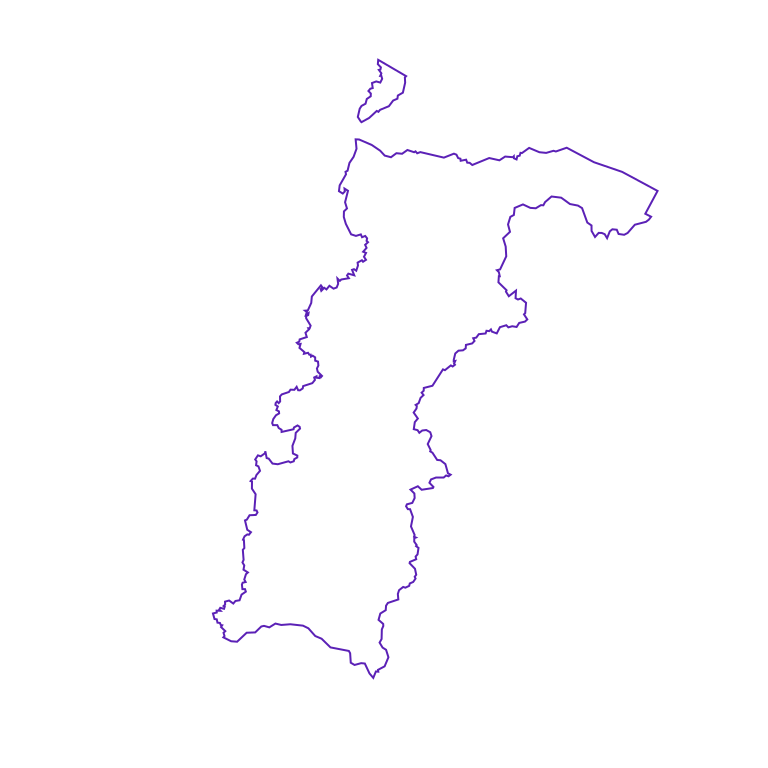 Kasena Nankana East, Upper East, Ghana, rotated 28°
{"feature_id": "2480657B68256913631937", "entity_name": "Kasena Nankana East", "entity_type": "district", "adm_level": 2, "iso_a3": "GHA", "parent_name": "Ghana", "parent_adm1": "Upper East", "projection": "albers", "projection_center": [-1.049, 10.75], "detail": "fine", "context": "isolated", "style": "outline", "palette": "violet", "viewbox_px": 768, "rotation_deg": 28, "n_neighbors": 0, "source": "geoboundaries", "source_scale": "gbopen_adm2", "svg_char_len": 6160}
<svg xmlns="http://www.w3.org/2000/svg" viewBox="0 0 768 768"><g transform="rotate(28 384 384)"><path d="M479.2,262.7L480.2,259.7L474.9,256.8L475.4,255.1L471.3,245.6L464.6,244.3L462.6,246.5L459.9,246.5L456.7,239.6L453.0,247.9L448.3,245.2L448.2,243.7L437.3,240.5L434.8,234.9L435.6,234.5L432.9,231.3L430.3,230.5L432.7,228.3L432.0,213.9L426.9,205.5L420.8,199.4L423.8,190.5L418.6,184.9L417.1,177.1L419.3,173.8L416.7,167.2L422.4,160.2L430.5,159.8L435.5,157.6L438.6,152.4L440.8,151.4L440.8,147.8L443.9,139.8L453.0,136.3L463.7,137.8L471.5,135.4L476.3,135.7L487.7,146.0L492.8,146.6L495.4,151.4L501.3,155.1L502.6,149.8L505.3,148.4L508.5,148.1L512.5,150.5L511.7,143.2L513.0,140.2L517.1,138.5L520.7,141.4L526.0,139.5L528.2,136.3L530.7,125.6L539.2,117.8L540.7,114.5L541.3,110.9L534.8,111.0L534.9,85.1L494.7,84.9L465.3,89.6L434.4,89.6L426.6,98.0L424.2,98.5L418.7,103.8L412.4,106.4L401.3,107.4L397.4,115.3L396.0,115.8L396.6,118.7L394.8,120.3L395.6,123.5L392.8,123.7L391.7,122.0L391.4,123.2L384.2,126.3L380.9,132.3L370.8,135.1L359.1,149.2L355.8,148.5L353.6,149.5L351.2,147.4L346.9,150.9L345.7,149.2L343.4,149.7L340.3,147.5L337.6,147.8L330.6,156.0L307.2,162.2L305.0,164.7L302.6,163.8L301.8,165.2L294.8,166.4L291.9,172.2L286.6,174.4L283.7,180.5L277.4,182.0L271.1,179.8L261.1,178.7L247.2,179.8L244.1,181.3L249.3,189.2L250.5,197.7L249.7,205.0L251.7,212.8L250.4,214.7L252.0,216.7L251.6,229.4L253.7,234.9L258.2,235.2L259.0,232.4L257.4,230.0L261.5,230.3L264.3,241.8L268.9,246.4L267.6,250.4L270.1,255.4L275.1,260.5L284.7,267.3L289.7,266.4L293.3,262.8L295.7,264.7L297.9,262.1L300.7,263.3L301.4,265.8L303.3,266.3L302.0,270.0L304.7,272.0L303.5,277.0L306.6,276.7L306.6,281.1L309.8,282.8L308.1,285.9L306.4,285.1L303.7,289.2L305.4,291.6L306.3,297.0L303.6,296.7L302.2,298.2L306.7,302.0L300.7,303.3L300.4,305.5L303.3,307.1L297.2,311.8L296.6,313.7L293.4,312.7L296.5,317.1L296.9,321.0L294.7,323.5L289.7,322.9L288.8,327.5L286.1,327.1L284.9,331.2L283.6,330.0L284.1,327.5L282.0,326.5L279.2,340.6L281.7,346.6L282.2,354.8L279.9,356.3L282.1,356.7L282.6,359.5L284.1,356.9L284.7,358.8L283.3,360.6L284.4,362.5L291.8,366.9L292.2,369.6L291.0,370.3L292.1,371.0L290.6,375.6L293.8,378.8L288.6,384.2L289.3,386.4L287.7,388.5L289.8,389.1L291.5,387.8L292.4,391.8L298.7,393.2L299.1,394.9L302.3,392.1L304.3,393.2L305.5,392.5L306.7,394.1L307.7,392.5L310.7,392.8L312.3,395.7L315.2,395.2L317.4,398.5L317.5,401.8L319.7,404.3L325.5,406.0L325.2,407.3L324.1,406.4L323.5,407.3L324.2,409.1L321.5,410.1L320.8,408.9L319.3,411.0L321.1,412.8L320.3,416.9L313.6,423.8L314.3,426.1L312.7,429.1L311.1,429.8L308.2,427.5L307.6,431.2L304.1,432.9L303.8,435.7L298.6,441.2L298.0,443.8L300.5,448.2L300.0,450.3L297.8,449.6L297.3,451.6L297.9,453.4L300.8,453.7L301.2,457.5L304.1,457.5L305.2,459.2L303.3,462.3L302.7,466.9L303.6,471.0L305.3,472.4L309.1,470.4L311.7,472.3L315.0,472.5L316.1,474.4L325.4,466.4L324.9,464.7L327.1,461.2L329.6,461.4L330.8,462.8L329.0,468.6L331.2,473.7L332.2,481.6L336.2,488.1L341.1,487.9L341.9,489.6L340.1,492.4L340.6,494.6L338.2,497.2L335.9,497.1L327.9,504.7L322.9,506.6L317.2,504.0L315.2,504.5L310.8,499.1L311.4,501.1L309.1,505.7L306.2,506.2L305.7,511.1L307.8,512.1L309.2,515.8L311.8,515.7L315.3,518.9L314.1,524.2L314.6,528.1L312.6,529.1L311.8,532.3L313.3,532.2L316.5,538.4L322.4,541.6L328.8,556.4L330.9,555.5L332.6,556.8L332.3,559.8L326.9,563.0L326.6,568.1L325.3,569.7L331.7,576.9L336.1,577.3L335.5,580.5L333.9,581.0L332.4,583.9L332.6,587.7L333.6,587.6L337.7,594.4L337.2,596.7L342.6,605.2L342.8,608.0L345.8,609.8L347.1,613.9L352.3,614.3L351.4,616.7L352.4,622.2L354.8,623.8L352.5,625.8L352.7,627.8L355.3,631.6L357.6,630.4L359.5,632.2L357.1,636.8L358.0,642.8L354.7,645.3L354.0,648.6L348.9,647.9L345.8,650.8L347.3,653.4L346.6,655.3L347.9,655.4L348.3,657.6L344.5,658.5L344.4,660.5L346.1,661.0L342.6,662.7L343.6,664.3L340.7,666.9L344.7,671.1L346.8,670.3L349.0,672.9L351.3,672.0L353.0,673.4L354.4,673.0L354.2,675.1L359.9,676.7L359.1,679.0L361.5,681.4L361.1,683.1L369.8,682.9L375.3,680.5L379.5,668.1L386.9,663.8L389.5,655.7L391.6,653.9L397.0,652.7L400.6,646.5L406.4,645.0L414.1,640.1L425.9,635.4L431.9,635.2L441.6,638.8L448.5,638.2L460.4,641.7L478.3,636.2L480.5,637.6L485.5,645.7L489.9,645.9L494.9,641.2L498.3,639.8L507.1,646.4L512.5,648.5L511.8,641.6L514.0,640.7L512.9,639.2L517.1,633.0L516.2,623.2L510.6,617.7L506.5,617.4L501.5,614.4L501.6,610.3L497.3,601.7L497.0,598.0L495.9,596.2L489.9,594.8L488.5,588.4L491.7,582.9L489.9,578.8L490.2,575.5L497.8,567.5L494.8,562.9L494.1,559.0L496.2,554.2L498.5,553.8L501.0,550.4L500.4,548.0L502.7,545.1L503.2,541.0L501.6,539.8L502.0,537.3L498.1,532.6L490.7,530.2L490.4,528.9L494.7,523.6L492.9,521.5L493.6,518.7L491.4,512.5L488.4,512.1L488.5,510.9L484.7,509.0L483.1,505.9L484.2,504.6L482.2,504.7L481.9,502.9L474.7,497.1L471.9,487.8L465.8,482.3L463.8,483.3L460.9,481.6L460.7,479.5L464.8,475.7L464.6,470.3L462.2,466.4L457.0,464.8L461.9,458.4L466.9,459.7L476.0,452.9L476.0,451.7L470.5,449.9L470.3,446.2L473.8,442.2L480.6,438.6L481.8,435.6L484.3,435.2L485.4,432.8L482.4,432.8L475.8,425.9L469.7,424.8L466.6,426.1L459.0,421.9L456.4,421.8L456.2,420.4L450.8,416.5L450.4,407.7L447.5,404.9L442.9,404.8L439.6,407.1L438.1,410.5L435.3,409.0L431.5,409.9L429.1,403.2L430.1,398.6L423.6,395.3L424.2,390.4L423.3,388.0L421.8,387.6L423.6,384.6L422.8,379.1L424.1,375.2L421.3,374.0L422.2,371.3L421.0,368.8L427.6,362.8L429.2,343.4L431.3,343.2L434.3,336.2L436.4,336.3L437.6,333.7L436.3,333.1L436.1,330.2L434.9,331.2L434.2,329.8L432.6,323.6L434.1,319.6L437.9,317.2L439.4,314.2L438.0,311.0L442.8,306.8L443.7,303.5L441.3,301.7L443.7,299.7L444.3,295.5L450.0,291.7L449.5,288.9L452.1,287.9L452.8,285.6L454.7,287.1L459.8,286.4L459.7,279.4L464.4,274.7L467.2,275.6L470.1,272.8L474.3,271.4L474.7,266.6L479.2,262.7ZM259.0,101.8L226.7,100.5L228.4,104.5L232.6,105.9L233.2,108.0L232.0,109.1L235.8,110.9L236.0,113.6L236.8,113.0L239.1,115.4L239.2,119.6L235.1,120.5L232.1,123.9L235.1,128.0L233.3,129.7L232.7,132.6L236.0,133.7L237.2,136.2L235.0,140.4L236.1,145.2L233.6,149.0L233.3,152.3L235.5,160.5L240.2,163.1L241.2,163.4L246.0,156.0L249.4,146.3L251.3,146.3L251.8,143.8L257.9,136.4L259.0,129.4L261.9,125.8L260.8,122.8L263.9,117.9L261.2,108.0L258.5,103.5L259.0,101.8Z" fill="none" stroke="#5b21b6" stroke-width="2"/></g></svg>